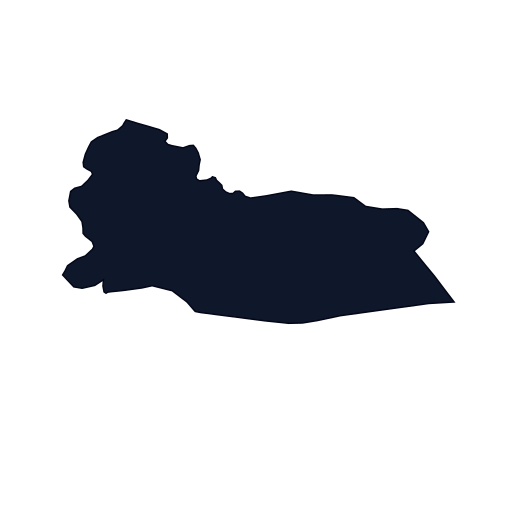 outline of Al Firdous, Eastern Darfur, Sudan, rotated 296°
{"feature_id": "16777658B1174782743239", "entity_name": "Al Firdous", "entity_type": "district", "adm_level": 2, "iso_a3": "SDN", "parent_name": "Sudan", "parent_adm1": "Eastern Darfur", "projection": "natural_earth1", "projection_center": [25.904, 10.88], "detail": "fine", "context": "isolated", "style": "filled", "palette": "ink", "viewbox_px": 512, "rotation_deg": 296, "n_neighbors": 0, "source": "geoboundaries", "source_scale": "gbopen_adm2", "svg_char_len": 1856}
<svg xmlns="http://www.w3.org/2000/svg" viewBox="0 0 512 512"><g transform="rotate(296 256 256)"><path d="M321.5,79.7L317.6,79.2L314.7,79.1L308.4,76.4L304.8,72.4L293.1,61.8L286.4,58.0L280.3,57.8L272.7,58.0L264.4,59.6L260.7,62.0L260.1,65.8L259.9,71.0L257.8,73.3L250.3,71.8L242.1,68.7L237.4,63.3L232.8,61.1L223.6,63.6L218.4,67.3L215.1,76.4L210.7,84.5L205.4,88.2L200.5,90.7L199.0,94.1L197.2,102.4L193.7,106.1L190.5,106.1L181.2,102.5L175.3,96.8L164.7,90.9L158.8,90.9L154.2,90.5L148.4,105.8L150.8,113.9L158.9,124.0L167.8,129.3L161.9,131.6L157.1,135.2L157.0,136.0L156.8,137.5L158.4,138.5L158.6,138.7L159.5,140.1L160.2,141.1L164.7,148.4L167.8,153.3L169.1,155.2L177.3,167.5L181.8,173.2L183.4,175.2L183.8,175.8L184.5,179.1L186.0,186.2L187.7,194.3L188.1,195.9L187.7,197.7L185.6,208.2L185.4,209.2L185.0,211.5L184.7,212.7L184.4,214.2L180.8,222.6L180.4,223.5L179.5,225.7L180.8,230.7L201.8,292.9L207.6,308.7L209.8,314.8L216.2,327.2L224.9,339.5L239.2,357.8L289.0,432.0L301.5,454.2L306.3,444.6L316.2,425.1L322.7,410.8L329.6,396.0L329.7,395.7L340.1,400.5L352.7,400.5L353.5,400.5L359.3,391.9L363.6,372.5L360.4,362.0L353.5,348.9L351.7,343.0L348.6,332.7L351.3,318.4L345.9,302.4L344.3,297.9L344.1,297.4L335.8,280.5L335.0,277.6L333.1,271.1L331.8,266.5L329.7,259.3L328.4,257.5L314.6,238.9L308.5,229.9L305.6,225.6L305.5,224.3L305.0,220.9L304.9,219.9L306.4,216.8L306.6,216.3L307.1,212.8L305.1,209.1L302.2,208.0L300.5,204.9L300.3,200.7L301.5,196.5L304.5,194.3L305.6,191.2L306.8,187.2L308.5,185.2L308.1,182.1L306.2,181.5L302.8,178.6L298.8,172.2L299.2,168.7L301.5,166.9L306.9,166.9L307.7,166.9L313.0,164.9L318.1,163.6L322.5,159.6L323.1,159.2L326.4,154.7L328.0,151.2L326.1,147.9L321.2,143.0L318.3,132.0L317.6,127.8L319.2,123.8L322.7,124.5L322.9,124.4L323.4,124.5L326.8,122.7L327.2,113.9L325.3,102.4L323.4,91.8L321.5,79.7Z" fill="#0f172a" stroke="#020617" stroke-width="1.5"/></g></svg>